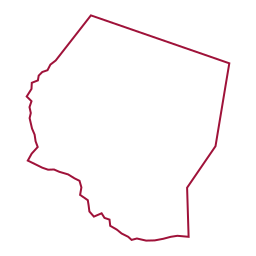 Olho d'Água do Borges, Rio Grande do Norte, Brazil (Mercator projection)
{"feature_id": "56859067B79092127139652", "entity_name": "Olho d'Água do Borges", "entity_type": "district", "adm_level": 2, "iso_a3": "BRA", "parent_name": "Brazil", "parent_adm1": "Rio Grande do Norte", "projection": "mercator", "projection_center": [-37.735, -5.981], "detail": "fine", "context": "isolated", "style": "outline", "palette": "rose", "viewbox_px": 256, "rotation_deg": 0, "n_neighbors": 0, "source": "geoboundaries", "source_scale": "gbopen_adm2", "svg_char_len": 727}
<svg xmlns="http://www.w3.org/2000/svg" viewBox="0 0 256 256"><path d="M90.9,15.4L55.7,60.5L50.4,64.6L47.5,70.2L42.3,72.0L38.7,75.6L37.9,80.4L31.8,82.8L31.5,88.9L26.7,96.5L31.5,101.2L29.5,107.1L30.8,113.0L29.6,118.1L32.0,128.5L34.6,134.6L35.6,141.3L37.7,147.0L31.7,153.6L27.8,160.6L35.4,164.3L42.3,167.7L48.1,169.7L54.0,169.5L59.3,171.8L68.1,174.4L74.6,178.4L79.5,180.8L81.4,187.4L80.1,194.9L87.8,200.2L88.6,205.3L89.4,211.5L93.9,216.6L101.6,213.3L104.5,217.9L109.5,219.6L110.2,225.8L116.8,229.6L121.6,233.5L128.2,236.8L131.6,239.9L136.9,238.5L146.1,240.6L154.7,240.4L163.2,238.8L170.8,236.8L177.4,235.8L188.6,236.8L187.1,187.7L215.5,146.2L226.0,83.0L229.3,63.3L90.9,15.4Z" fill="none" stroke="#9f1239" stroke-width="2"/></svg>